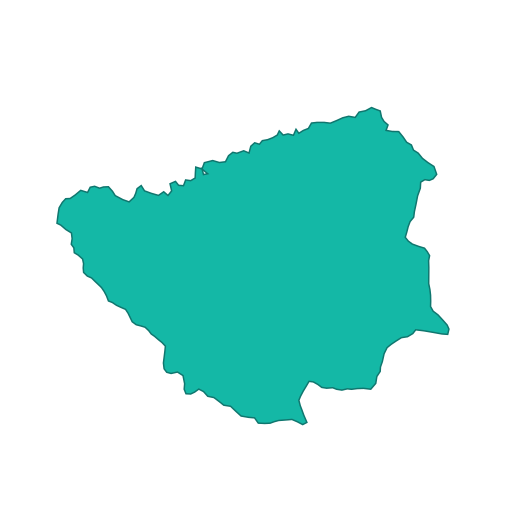 the district of São João do Pacuí, Minas Gerais, Brazil, rotated 9°
{"feature_id": "56859067B19331061233484", "entity_name": "São João do Pacuí", "entity_type": "district", "adm_level": 2, "iso_a3": "BRA", "parent_name": "Brazil", "parent_adm1": "Minas Gerais", "projection": "albers", "projection_center": [-44.531, -16.552], "detail": "fine", "context": "isolated", "style": "filled", "palette": "teal", "viewbox_px": 512, "rotation_deg": 9, "n_neighbors": 0, "source": "geoboundaries", "source_scale": "gbopen_adm2", "svg_char_len": 2944}
<svg xmlns="http://www.w3.org/2000/svg" viewBox="0 0 512 512"><g transform="rotate(9 256 256)"><path d="M189.1,178.5L182.6,177.6L183.1,183.2L183.7,188.5L179.7,191.8L174.6,191.9L173.4,197.9L168.5,198.3L164.8,194.9L159.8,198.1L162.5,204.9L159.6,210.0L154.8,207.0L150.2,211.4L142.8,210.5L135.7,209.1L131.6,204.4L128.0,208.1L127.4,212.9L126.3,217.2L122.2,222.4L115.7,221.2L107.5,218.4L104.1,214.5L99.4,210.7L94.5,211.7L90.9,213.5L85.7,212.4L81.5,214.0L79.7,219.6L72.6,218.6L67.9,224.0L63.4,228.3L59.1,229.2L56.3,233.4L54.0,239.2L54.0,245.6L54.3,254.8L58.3,256.0L64.1,259.6L70.1,262.1L71.7,267.7L71.7,273.3L74.8,276.4L76.0,281.2L80.2,282.9L85.2,286.1L86.9,290.6L87.2,294.8L88.3,299.2L92.5,302.2L97.0,303.4L101.2,306.4L105.0,309.0L108.4,311.4L111.6,314.8L114.6,318.8L117.3,323.5L121.4,324.4L125.9,326.5L130.8,327.9L135.5,329.1L138.6,332.5L141.5,336.7L144.0,340.3L148.4,342.6L153.3,343.1L157.6,343.7L161.7,346.5L164.7,349.4L168.4,351.2L172.9,354.0L176.6,356.1L180.6,359.2L180.9,364.1L181.1,369.9L181.3,376.2L182.9,381.8L186.0,384.8L190.5,385.3L196.6,382.9L202.6,385.5L205.5,393.3L205.9,398.8L208.4,403.0L213.1,402.5L216.7,400.0L220.3,396.4L225.4,398.1L230.3,402.1L236.6,402.4L242.6,405.6L247.5,408.4L254.4,408.4L260.8,412.8L266.3,416.4L274.1,416.5L279.9,416.1L284.4,420.7L290.9,420.0L296.1,418.9L299.9,416.8L304.1,414.9L310.5,413.4L317.1,411.8L322.9,413.3L328.5,415.2L332.3,412.4L328.0,405.6L325.6,401.2L323.1,396.9L320.9,391.8L321.9,387.6L323.8,382.0L325.8,377.1L328.0,371.5L332.3,371.4L337.2,373.2L341.5,375.5L346.4,375.5L352.4,374.1L356.4,375.0L361.8,375.0L367.0,372.9L371.2,372.7L376.7,371.1L382.8,369.9L390.2,369.6L394.2,363.1L394.2,356.1L396.7,350.6L396.3,346.1L397.3,340.5L397.8,332.5L399.8,326.0L403.4,322.0L407.6,318.1L412.4,313.9L418.3,312.0L423.0,308.1L425.3,303.9L433.4,303.6L442.7,303.7L451.9,303.9L457.6,303.4L458.0,298.0L455.6,294.3L450.9,290.4L445.0,285.7L439.6,282.8L436.3,278.6L435.6,273.3L434.5,267.3L433.0,261.9L430.9,256.3L429.8,249.0L428.5,240.4L427.2,233.6L427.4,228.5L424.5,225.0L421.2,221.9L415.3,221.1L408.6,219.8L404.1,217.5L400.5,214.2L401.2,208.6L401.7,203.2L402.8,197.9L405.7,193.0L405.5,187.4L405.9,180.1L406.2,171.3L407.7,163.4L407.1,157.3L410.8,154.2L415.4,154.2L418.9,152.0L421.7,147.1L417.8,139.8L411.1,136.8L405.1,133.5L400.1,129.0L395.0,126.8L392.1,122.0L387.0,120.1L382.7,115.5L377.5,110.8L371.1,111.7L364.8,111.6L365.9,105.9L361.4,103.1L358.3,99.4L356.0,93.3L351.4,92.4L346.9,91.3L341.5,95.4L335.3,97.7L332.3,103.6L325.7,103.5L320.1,105.9L314.5,109.6L308.6,113.2L302.4,113.4L295.4,114.5L290.0,116.0L287.8,121.8L283.1,124.6L279.1,128.1L275.7,124.6L274.1,130.9L268.5,130.4L263.9,132.3L259.4,128.8L258.1,133.2L254.1,136.5L249.3,139.3L244.2,141.1L241.9,145.1L237.0,144.4L233.7,148.4L233.0,155.4L227.4,154.0L221.1,157.5L216.9,157.2L213.2,161.2L211.1,167.7L205.2,169.4L198.3,168.5L190.4,171.9L189.1,178.5ZM189.1,178.5L195.4,182.3L191.4,183.8L189.1,178.5Z" fill="#14b8a6" stroke="#0f766e" stroke-width="1.5"/></g></svg>